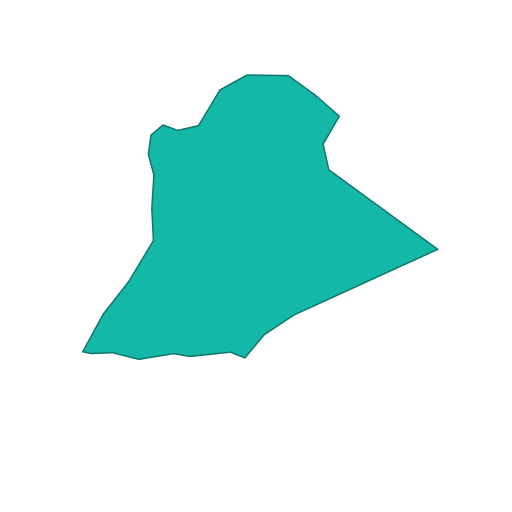 Buliisa, Natural Earth projection, rotated 211°
{"feature_id": "UGA-3082", "entity_name": "Buliisa", "entity_type": "County", "adm_level": 1, "iso_a3": "UGA", "parent_name": "Uganda", "parent_adm1": "", "projection": "natural_earth1", "projection_center": [31.416, 2.001], "detail": "fine", "context": "isolated", "style": "filled", "palette": "teal", "viewbox_px": 512, "rotation_deg": 211, "n_neighbors": 0, "source": "natural_earth", "source_scale": "10m", "svg_char_len": 576}
<svg xmlns="http://www.w3.org/2000/svg" viewBox="0 0 512 512"><g transform="rotate(211 256 256)"><path d="M103.7,355.3L114.6,339.3L127.0,321.4L161.3,271.4L193.1,225.0L208.4,192.9L213.1,162.9L228.5,160.4L248.1,145.5L258.9,137.3L262.1,135.4L276.6,129.7L303.2,107.1L329.0,99.3L347.3,87.4L355.2,84.7L357.0,127.3L351.9,168.9L351.9,216.4L369.8,243.1L385.2,272.8L400.6,287.7L408.3,305.5L403.2,320.4L387.8,323.3L372.4,338.2L372.4,379.8L357.0,406.5L321.1,427.3L287.7,424.3L256.6,418.7L256.1,386.5L238.1,367.4L103.7,355.3Z" fill="#14b8a6" stroke="#0f766e" stroke-width="1.5"/></g></svg>